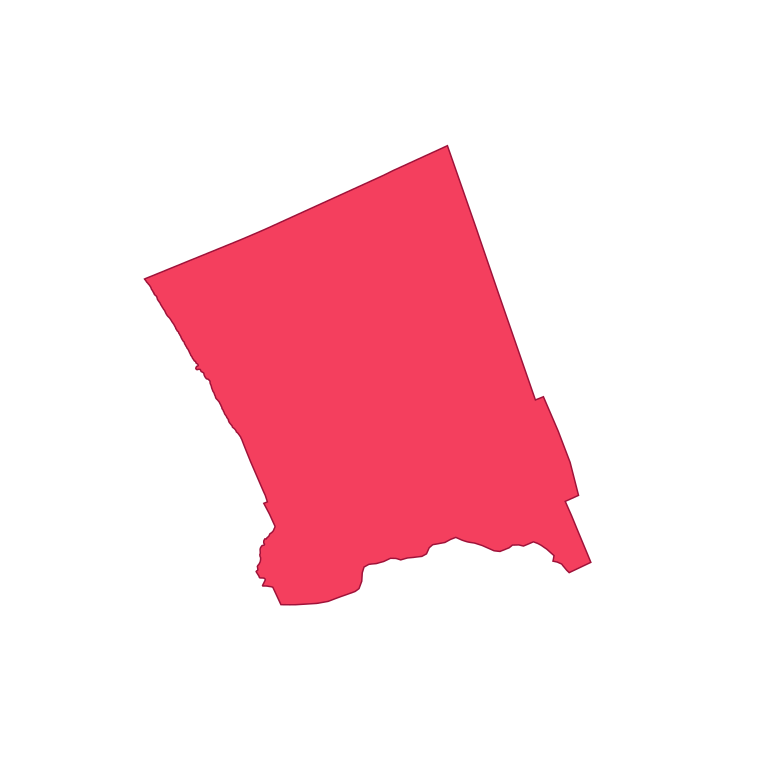 outline of Avellaneda, Ciudad de Buenos Aires, Argentina, rotated 204°
{"feature_id": "61730980B497821979952", "entity_name": "Avellaneda", "entity_type": "district", "adm_level": 2, "iso_a3": "ARG", "parent_name": "Argentina", "parent_adm1": "Ciudad de Buenos Aires", "projection": "natural_earth1", "projection_center": [-58.33, -34.679], "detail": "fine", "context": "isolated", "style": "filled", "palette": "rose", "viewbox_px": 768, "rotation_deg": 204, "n_neighbors": 0, "source": "geoboundaries", "source_scale": "gbopen_adm2", "svg_char_len": 5295}
<svg xmlns="http://www.w3.org/2000/svg" viewBox="0 0 768 768"><g transform="rotate(204 384 384)"><path d="M423.0,627.5L462.4,582.8L469.9,573.8L555.9,476.6L573.3,457.8L611.6,417.9L625.5,403.4L644.5,383.6L644.7,383.4L645.5,382.5L645.1,382.2L644.3,381.9L643.3,381.3L642.3,380.6L640.8,380.0L639.6,379.3L638.7,379.0L637.5,378.2L636.8,377.8L636.0,377.1L635.1,376.1L633.6,375.2L632.8,374.6L632.2,374.2L632.5,374.2L631.5,373.7L630.9,373.0L630.1,372.4L629.1,372.0L628.1,371.8L627.4,371.5L626.4,370.5L625.4,369.2L624.2,368.4L623.0,367.7L621.6,366.9L620.6,366.0L619.8,365.4L618.7,364.7L617.8,364.0L616.8,363.4L615.7,362.6L614.5,362.0L613.3,361.0L612.1,359.9L610.6,358.8L609.2,358.0L607.6,357.4L606.6,357.0L605.3,356.2L604.1,355.4L603.0,354.6L601.8,353.9L600.4,353.1L599.4,352.3L598.1,351.3L597.3,350.7L596.7,349.9L595.6,349.3L594.5,348.4L593.7,348.2L592.9,347.9L592.2,347.0L591.5,346.6L590.9,346.2L590.1,345.5L589.4,345.1L588.7,344.5L588.2,343.8L587.8,343.6L587.0,343.0L586.5,342.5L585.7,342.1L585.2,341.7L584.4,341.2L583.8,341.2L583.2,340.7L582.9,340.1L582.5,339.6L581.9,339.3L581.3,338.9L580.8,338.3L580.2,338.0L579.8,337.8L579.2,337.3L578.6,336.7L577.9,336.4L577.2,336.0L576.4,335.4L575.6,334.7L574.9,334.1L574.3,333.5L573.2,332.7L572.3,331.7L571.2,331.1L570.5,330.7L569.7,329.9L568.8,329.3L567.9,328.9L567.1,328.2L566.4,327.9L565.8,328.0L565.1,327.7L564.2,326.7L563.7,326.6L562.9,326.5L562.1,326.3L561.3,325.5L561.3,324.9L561.5,324.6L562.0,324.3L562.4,323.5L562.4,322.8L562.4,322.5L562.4,322.0L562.2,321.6L561.7,321.2L561.1,321.0L560.5,321.1L560.0,321.5L559.6,321.9L558.7,322.2L558.1,322.5L557.7,322.5L557.3,322.2L556.5,321.3L556.0,321.0L555.1,321.0L554.6,320.9L554.0,320.9L553.2,320.7L552.5,319.9L552.2,319.3L551.4,318.5L550.4,317.7L549.6,317.2L548.4,316.6L547.5,316.6L547.0,316.9L546.2,316.7L545.4,316.4L544.7,316.1L544.1,315.8L543.7,315.0L543.3,314.2L542.7,313.5L542.0,312.9L541.2,312.1L540.6,311.4L539.9,310.4L539.0,309.5L537.8,308.3L537.1,307.6L536.1,307.1L535.2,306.2L534.2,305.1L533.1,304.2L532.7,303.6L532.0,302.8L530.7,302.1L529.5,301.7L528.4,301.1L527.6,300.8L526.6,300.0L525.4,299.0L524.6,298.5L524.1,297.8L523.2,297.2L522.6,296.6L521.9,295.5L521.3,295.3L520.6,294.8L519.9,294.3L519.4,293.6L518.6,293.2L518.3,292.9L517.9,292.3L517.3,291.8L517.0,291.6L516.3,291.2L515.9,291.0L515.1,290.5L514.4,290.0L514.0,289.5L513.4,289.2L512.7,288.7L512.1,288.5L511.5,288.1L511.4,287.6L511.2,287.3L510.5,286.7L510.2,286.3L509.6,285.9L508.7,285.4L507.8,285.0L507.2,284.6L506.2,284.3L505.7,283.9L505.1,283.1L504.1,282.7L503.1,282.5L502.0,282.1L501.0,281.6L500.1,281.0L499.4,280.2L498.5,280.0L497.6,279.7L496.5,279.1L493.3,277.2L492.6,276.4L491.7,275.8L490.7,274.8L488.5,272.6L487.6,271.7L483.3,267.5L474.3,258.8L450.5,236.9L447.2,234.0L442.6,228.9L444.0,227.4L445.3,226.1L437.9,220.3L435.5,218.4L425.7,209.7L425.4,208.6L425.4,207.8L425.5,207.2L425.4,206.2L425.4,205.2L425.6,204.0L426.0,203.1L426.3,202.2L426.9,201.5L427.3,200.7L427.3,200.3L427.3,199.5L427.3,198.6L427.4,198.0L427.7,197.2L428.3,196.2L428.4,195.5L428.5,194.7L429.3,194.3L429.9,194.0L429.9,193.3L430.0,192.9L430.0,191.7L429.8,191.2L429.5,190.5L429.2,189.8L428.8,189.6L428.0,189.1L427.9,188.3L429.1,187.2L429.7,186.8L430.0,185.4L430.2,184.6L430.1,183.3L429.8,182.2L429.1,180.9L428.7,180.1L428.2,179.1L428.0,177.5L427.1,176.1L426.1,175.2L425.5,173.9L425.1,172.6L424.8,171.2L424.8,170.2L425.0,168.1L425.4,167.1L425.5,165.8L424.7,164.7L423.7,163.0L423.7,162.4L424.4,161.3L424.5,160.6L423.7,160.0L420.1,157.6L419.4,156.8L418.4,156.4L417.5,156.8L414.7,157.9L414.1,157.6L413.5,157.6L412.8,157.0L412.8,155.4L413.0,150.5L412.6,150.2L412.4,150.2L411.9,150.5L408.8,151.8L406.7,152.3L404.7,152.9L403.9,153.0L403.0,153.1L402.9,153.1L388.4,140.5L386.3,141.4L380.3,144.0L375.0,146.4L356.4,156.1L354.5,157.3L354.1,157.6L346.6,162.7L341.2,168.1L336.8,172.4L333.6,175.4L326.1,182.6L325.8,183.1L325.3,183.9L323.6,186.9L323.7,188.3L324.1,194.8L326.7,201.7L327.0,202.6L327.1,203.0L327.7,207.8L327.8,208.7L327.3,209.3L325.0,212.4L324.6,212.9L324.4,213.2L324.1,213.3L321.8,214.7L318.0,216.8L316.9,217.7L315.9,218.6L312.1,221.7L307.2,227.4L302.4,229.4L302.1,229.5L300.9,229.7L297.2,230.1L295.8,231.3L293.3,233.4L291.7,234.7L286.3,237.7L285.4,238.3L279.5,241.8L279.3,241.9L276.8,245.2L276.1,246.1L276.1,247.7L276.1,251.8L276.1,252.3L276.1,252.8L274.7,255.8L274.2,256.9L274.1,257.0L273.3,257.6L269.7,260.0L268.3,261.0L263.9,264.0L260.0,269.1L258.0,271.1L256.0,273.1L249.2,273.1L245.9,273.4L243.6,273.7L240.6,274.4L236.7,275.5L228.6,276.4L226.3,276.4L221.7,276.4L215.8,276.4L214.3,276.8L213.1,277.2L212.1,277.5L211.8,277.6L210.0,278.2L209.8,278.3L209.0,279.2L206.0,282.2L205.8,282.5L203.1,285.2L201.6,288.1L201.4,288.7L201.1,289.1L199.2,290.0L195.7,291.7L195.6,291.8L192.8,292.3L190.7,292.7L190.2,293.2L187.0,296.6L183.3,300.6L179.5,300.8L179.2,300.9L174.9,300.6L174.7,300.5L173.8,300.4L170.9,299.8L168.4,299.4L166.5,298.8L163.4,297.8L162.5,297.5L158.9,296.4L158.7,295.6L158.5,294.8L158.2,293.7L158.0,292.7L157.9,292.5L157.6,290.9L153.3,291.8L153.2,291.8L148.5,291.8L147.7,291.4L146.5,290.7L145.4,290.2L141.4,288.2L138.1,287.0L122.5,305.2L129.4,311.8L145.8,327.3L149.7,331.0L158.9,339.8L170.7,350.5L161.0,361.4L182.1,388.1L205.7,411.8L233.2,437.2L239.2,431.0L315.5,512.5L355.1,555.1L362.3,562.9L423.0,627.5Z" fill="#f43f5e" stroke="#9f1239" stroke-width="1.5"/></g></svg>